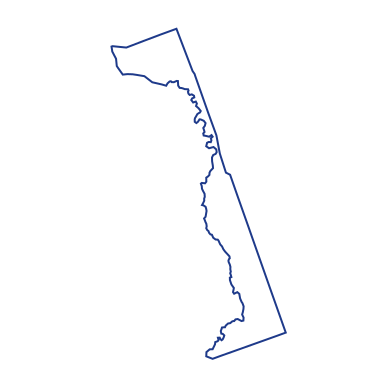 outline of Abaji, Federal Capital Territory, Nigeria, rotated 160°
{"feature_id": "59680162B29524904273451", "entity_name": "Abaji", "entity_type": "district", "adm_level": 2, "iso_a3": "NGA", "parent_name": "Nigeria", "parent_adm1": "Federal Capital Territory", "projection": "natural_earth1", "projection_center": [6.872, 8.857], "detail": "fine", "context": "isolated", "style": "outline", "palette": "blue", "viewbox_px": 384, "rotation_deg": 160, "n_neighbors": 0, "source": "geoboundaries", "source_scale": "gbopen_adm2", "svg_char_len": 2794}
<svg xmlns="http://www.w3.org/2000/svg" viewBox="0 0 384 384"><g transform="rotate(160 192 192)"><path d="M216.9,326.0L212.5,324.9L209.7,323.8L207.5,322.9L203.8,320.9L197.1,317.1L191.8,308.7L183.6,303.4L182.1,302.3L179.9,300.7L177.9,302.4L175.3,303.5L174.0,303.3L173.5,302.2L171.5,301.4L168.4,301.6L167.3,301.1L167.7,299.7L168.6,296.7L168.0,294.1L166.3,293.3L164.8,292.2L163.7,291.2L162.1,290.5L160.6,289.9L160.6,288.4L161.5,287.6L161.7,285.7L161.0,284.0L158.8,283.8L157.2,281.8L157.5,280.1L159.9,279.9L161.2,278.7L160.3,275.7L157.5,275.7L157.2,273.4L158.8,271.4L157.2,268.5L156.1,265.1L157.3,264.0L158.6,263.8L160.3,263.4L162.5,261.5L163.9,260.4L164.6,259.4L165.4,257.0L164.3,255.3L162.3,256.0L160.1,257.7L159.0,257.2L156.6,254.9L155.7,252.1L157.3,249.8L159.5,248.3L159.5,246.6L159.7,244.1L161.4,243.2L161.7,241.1L159.5,239.8L157.0,238.1L154.2,238.8L153.7,236.9L155.9,236.0L156.1,233.9L157.3,232.4L159.2,233.3L161.0,233.1L163.0,230.1L161.0,227.3L156.4,226.9L154.6,223.7L155.2,221.0L156.8,219.7L159.4,219.5L161.4,217.6L162.6,214.0L163.4,209.7L164.1,207.2L167.5,205.5L168.9,204.2L169.8,202.1L171.5,201.2L173.7,200.6L175.0,196.8L176.8,195.7L179.7,197.2L180.8,196.8L180.8,194.2L181.5,191.7L181.3,189.4L180.8,186.0L181.7,183.0L182.8,181.7L183.5,179.6L185.2,177.9L187.0,176.3L185.8,175.5L184.3,173.5L184.4,171.5L184.8,169.2L186.5,166.2L187.7,164.1L189.7,163.0L189.6,160.9L189.6,159.0L189.4,157.3L189.9,154.8L191.0,153.1L190.7,151.0L189.9,149.7L189.9,147.8L189.2,145.9L187.9,145.0L187.7,141.8L186.1,139.3L184.1,138.4L183.7,137.2L183.4,133.1L182.4,130.6L182.1,127.4L181.3,124.7L178.8,118.7L179.2,116.8L180.3,116.2L181.3,114.9L181.5,113.6L181.3,110.9L181.5,108.5L182.4,106.4L182.8,103.9L183.9,102.6L183.9,100.9L184.1,98.6L185.7,98.6L186.5,96.2L186.6,91.6L185.5,87.5L186.6,85.6L187.7,83.9L187.2,82.0L183.7,82.4L182.4,80.1L183.2,75.6L183.0,71.8L182.6,70.3L182.6,66.9L183.7,64.4L185.4,61.6L186.8,59.7L186.5,56.3L187.7,53.6L189.6,53.8L192.5,57.0L194.7,57.4L196.5,56.3L197.4,56.6L198.7,56.6L200.9,55.7L203.1,56.1L206.0,54.9L207.3,53.6L208.4,54.0L210.2,54.4L211.3,52.9L212.5,51.5L212.9,48.9L211.6,48.1L210.7,46.2L212.0,44.5L213.6,43.0L214.9,42.6L215.6,44.0L215.8,45.7L217.5,46.2L217.7,43.8L218.9,43.0L221.5,43.0L222.4,41.1L223.2,40.3L226.4,37.2L229.2,38.1L233.2,36.6L234.8,32.7L229.7,28.2L227.3,28.2L219.3,28.2L208.7,28.1L160.9,27.8L155.5,27.8L152.0,27.8L151.7,60.8L151.6,73.4L151.0,130.5L150.9,138.6L150.6,172.1L150.3,195.2L153.5,198.6L152.7,218.6L149.7,236.9L149.7,259.5L149.7,261.1L149.3,299.5L149.2,302.0L150.1,305.5L150.8,350.7L155.5,350.7L165.5,350.7L167.6,350.7L167.9,350.7L185.9,350.5L197.5,350.3L204.3,350.2L206.6,351.3L216.8,356.2L217.9,356.2L218.5,353.0L218.9,351.2L218.7,350.0L218.4,347.5L217.8,343.2L219.6,336.1L219.1,334.0L216.9,326.0Z" fill="none" stroke="#1e3a8a" stroke-width="2"/></g></svg>